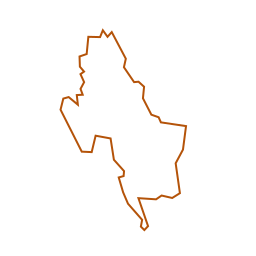 outline of Utenos, rotated 65°
{"feature_id": "LTU-1074", "entity_name": "Utenos", "entity_type": "County", "adm_level": 1, "iso_a3": "LTU", "parent_name": "Lithuania", "parent_adm1": "", "projection": "robinson", "projection_center": [25.525, 55.493], "detail": "coarse", "context": "isolated", "style": "outline", "palette": "amber", "viewbox_px": 256, "rotation_deg": 65, "n_neighbors": 0, "source": "natural_earth", "source_scale": "10m", "svg_char_len": 735}
<svg xmlns="http://www.w3.org/2000/svg" viewBox="0 0 256 256"><g transform="rotate(65 128 128)"><path d="M209.0,108.5L210.1,117.5L203.4,126.1L204.5,132.7L196.0,148.2L225.4,151.3L227.4,156.3L222.8,158.0L217.2,154.0L196.6,160.0L184.2,159.6L168.9,157.3L169.7,152.3L165.4,149.8L150.8,154.2L130.1,148.2L121.3,160.6L134.5,171.1L129.9,179.9L82.9,181.4L74.0,174.2L74.9,168.7L85.7,163.6L76.5,160.5L78.7,155.0L72.5,154.5L67.9,148.4L59.1,148.3L58.3,144.0L52.1,145.7L42.7,141.7L43.5,134.2L28.6,125.4L33.8,114.9L28.8,109.5L36.7,108.0L34.2,102.2L64.3,100.7L71.2,106.0L89.0,103.1L90.5,98.9L97.4,96.0L107.4,101.9L125.8,101.2L131.2,95.7L136.8,95.8L150.8,74.6L170.8,87.3L180.1,99.7L209.0,108.5Z" fill="none" stroke="#b45309" stroke-width="2"/></g></svg>